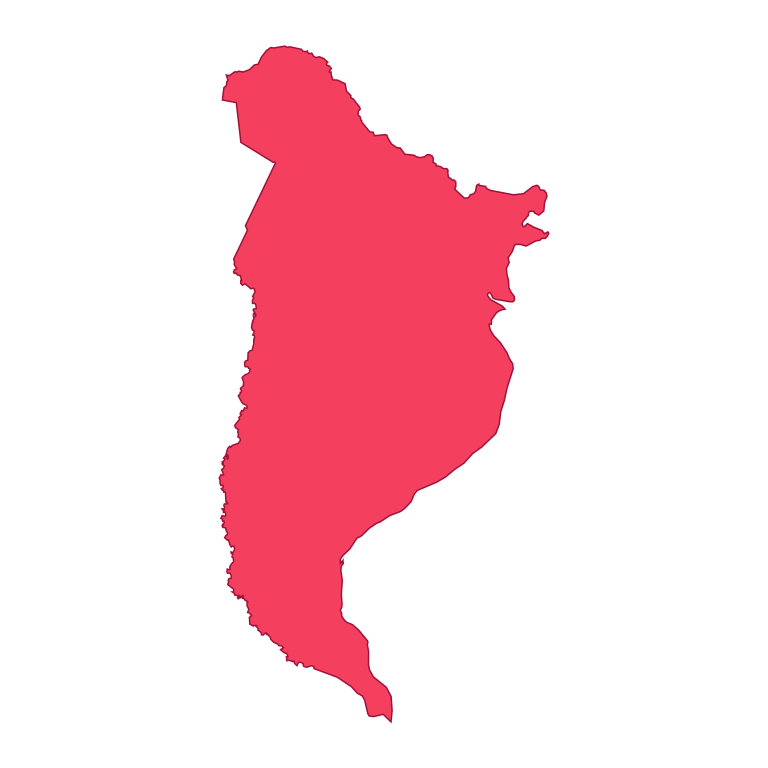 Monte Caseros, Corrientes, Argentina (Robinson projection)
{"feature_id": "61730980B11613530457142", "entity_name": "Monte Caseros", "entity_type": "district", "adm_level": 2, "iso_a3": "ARG", "parent_name": "Argentina", "parent_adm1": "Corrientes", "projection": "robinson", "projection_center": [-57.85, -30.275], "detail": "fine", "context": "isolated", "style": "filled", "palette": "rose", "viewbox_px": 768, "rotation_deg": 0, "n_neighbors": 0, "source": "geoboundaries", "source_scale": "gbopen_adm2", "svg_char_len": 6074}
<svg xmlns="http://www.w3.org/2000/svg" viewBox="0 0 768 768"><path d="M225.4,492.1L226.0,502.1L226.9,502.1L227.7,503.7L224.3,504.0L223.8,505.6L224.5,506.9L224.3,509.7L223.0,508.7L222.0,508.9L223.3,510.4L223.5,512.5L225.2,512.1L225.8,514.7L225.2,516.4L222.1,515.6L220.9,518.4L222.0,518.5L222.6,521.2L223.9,521.0L224.3,523.0L222.6,524.3L223.3,525.6L222.2,525.8L222.8,527.4L225.6,527.9L226.2,530.9L227.6,533.1L227.2,534.8L226.2,535.1L224.6,537.6L227.2,540.1L228.6,540.1L229.7,544.3L231.3,547.0L232.6,546.0L233.8,546.3L234.7,549.0L232.9,552.8L231.1,551.9L231.0,552.8L232.6,554.5L232.0,557.0L233.1,557.9L233.7,561.5L231.0,564.4L229.7,567.0L230.2,569.0L229.5,569.6L227.2,569.1L227.1,569.7L226.9,572.1L227.6,573.2L230.0,573.2L231.2,575.4L231.3,578.3L229.1,578.5L228.1,580.3L228.8,581.1L227.7,584.5L233.8,589.3L233.5,592.0L232.3,592.0L234.6,593.6L234.6,595.0L238.8,595.6L237.4,597.4L238.1,598.6L238.6,597.2L239.3,598.1L240.2,597.8L239.9,596.5L241.4,596.5L242.8,595.4L243.3,596.2L241.5,597.4L242.9,598.4L243.6,598.0L244.6,599.8L247.8,601.9L247.1,602.6L247.0,605.6L248.8,609.3L247.6,612.5L249.0,612.7L251.7,615.6L249.4,617.3L249.8,624.1L253.5,626.1L254.3,625.4L256.5,625.6L256.0,626.2L258.1,628.4L257.9,630.0L261.4,632.8L261.4,634.8L263.1,635.0L265.6,632.9L267.2,633.7L266.8,634.5L268.4,635.1L270.6,637.8L270.6,639.1L273.6,642.2L277.7,644.0L278.9,645.7L281.5,645.7L283.6,647.5L280.5,649.7L284.1,652.7L286.7,653.5L288.0,656.7L286.4,656.8L286.8,660.7L289.3,660.2L292.3,661.6L293.9,660.9L294.6,663.4L297.0,665.6L298.4,662.7L300.1,662.1L303.1,663.5L303.3,665.8L304.4,666.7L306.8,667.2L311.6,665.7L313.9,666.6L314.0,668.6L337.2,677.2L351.5,686.8L357.4,693.3L362.3,695.9L364.7,700.3L367.8,713.6L369.2,716.0L373.6,716.6L383.2,714.3L391.0,721.9L392.1,710.6L391.1,696.4L386.3,687.3L373.4,676.9L369.5,669.8L368.5,664.5L368.6,651.7L367.3,644.5L367.9,642.3L367.5,640.8L358.3,629.7L352.4,624.6L347.0,622.5L344.5,620.3L341.8,616.3L341.6,613.1L340.3,610.5L341.9,606.7L342.0,604.0L341.3,594.1L342.3,580.8L340.8,569.9L341.5,565.7L343.4,563.5L343.2,562.2L342.5,562.4L342.9,560.5L340.3,563.1L340.4,559.1L342.9,555.5L349.7,549.1L357.0,538.1L361.3,536.0L369.1,528.4L376.7,523.2L380.0,522.0L390.1,515.4L400.5,511.5L404.5,508.6L411.0,501.8L414.2,494.3L417.1,490.5L436.6,482.2L445.2,477.2L455.6,468.7L464.0,463.1L472.8,453.4L481.8,447.0L495.8,433.5L499.2,424.4L500.8,411.5L504.4,400.3L506.9,388.5L513.2,368.6L512.6,363.6L509.6,359.0L507.0,352.8L500.4,342.7L493.7,335.6L490.4,330.1L489.1,325.4L489.4,324.1L491.3,324.3L491.6,319.6L496.8,312.4L500.7,310.1L505.1,309.2L502.3,306.1L490.7,299.7L487.5,295.4L487.8,293.7L488.7,292.8L490.4,292.9L493.1,298.2L496.1,299.4L509.8,301.7L512.6,301.8L513.8,301.0L514.5,299.8L514.3,296.5L511.2,292.4L508.9,287.9L508.5,280.3L507.0,274.9L506.4,268.4L509.2,262.6L508.2,257.8L512.4,251.3L514.4,245.5L516.0,244.4L520.4,244.4L526.2,246.0L535.8,240.9L539.8,240.3L541.8,238.4L545.3,238.4L547.6,235.8L548.8,233.2L547.9,231.9L544.3,233.7L542.1,230.5L534.0,227.3L527.4,223.6L524.3,226.7L522.8,226.0L522.1,223.9L523.1,221.5L528.3,215.5L528.6,212.6L529.9,211.2L533.9,211.4L534.4,212.9L538.8,215.1L543.8,210.9L544.6,202.4L547.0,196.2L546.1,192.8L543.9,190.2L540.3,190.0L538.7,186.3L536.9,185.3L532.7,186.6L523.5,193.7L513.4,194.8L490.4,190.4L487.0,188.8L485.4,186.4L479.0,185.3L478.8,184.1L476.6,185.4L475.6,191.2L473.7,193.8L470.3,194.7L468.8,197.4L467.7,198.0L464.2,198.0L454.8,189.2L455.8,186.6L455.8,182.0L454.3,180.1L452.6,180.1L448.3,176.9L447.7,171.5L448.2,170.9L446.9,168.6L443.3,168.6L440.8,166.7L436.1,165.6L435.9,163.8L433.1,162.4L433.3,158.3L432.0,155.8L429.1,154.6L427.1,154.8L424.4,156.8L420.1,157.6L416.8,156.9L414.0,155.2L404.9,154.2L400.2,148.0L396.9,147.7L391.5,144.0L387.9,138.2L387.0,135.3L385.4,134.6L374.5,135.7L373.1,132.2L369.8,131.9L361.5,121.8L361.7,120.6L360.8,119.9L360.3,117.1L357.9,114.7L358.6,110.7L360.2,109.1L359.6,107.0L353.0,98.7L350.8,98.0L350.9,95.6L346.5,91.2L345.1,83.7L337.8,80.2L332.7,79.8L331.1,74.3L331.1,72.0L329.4,72.1L329.4,71.1L331.4,68.5L329.3,66.0L326.6,65.0L326.7,63.0L327.8,62.2L323.6,58.4L319.4,56.8L315.6,57.6L313.3,55.9L311.8,53.2L308.5,53.6L307.3,51.0L305.3,51.7L302.8,51.1L301.4,49.3L289.8,46.8L287.7,47.4L284.8,46.1L273.7,48.0L270.9,47.5L266.6,50.4L261.5,57.0L258.0,64.3L254.4,64.9L249.4,69.7L243.2,72.0L238.8,71.2L237.1,72.0L234.7,71.8L229.3,75.7L226.3,75.0L228.0,80.4L226.8,81.7L226.4,85.6L223.9,87.7L222.4,100.0L236.3,102.6L240.9,142.4L272.9,162.2L274.8,162.1L275.4,163.1L245.4,225.8L247.5,230.1L233.6,259.2L234.5,261.6L234.2,264.7L236.7,268.7L234.4,269.8L233.5,271.9L234.3,273.5L236.3,273.1L237.4,275.0L240.3,275.6L241.6,280.5L240.8,280.5L240.7,283.4L242.6,285.3L244.9,283.6L250.9,288.8L252.9,288.2L254.4,289.0L255.0,292.0L252.6,296.4L253.7,297.9L252.4,300.3L252.5,303.4L254.9,303.4L256.0,305.4L256.3,308.6L253.5,309.1L253.2,310.3L255.0,312.8L253.9,313.2L253.5,314.2L255.6,314.5L255.8,315.7L255.3,316.5L253.4,315.9L253.9,318.4L252.6,321.2L253.0,322.3L252.3,322.6L251.5,327.3L252.5,330.2L254.0,330.7L254.3,331.9L252.7,335.0L254.3,335.6L254.7,337.7L253.7,339.3L253.8,343.6L252.1,350.3L250.1,350.7L248.1,352.8L247.8,360.1L245.2,361.2L244.5,362.9L244.9,366.1L245.4,366.8L247.8,366.6L248.6,368.3L250.2,369.2L249.6,370.3L250.0,371.4L247.9,373.8L245.3,374.6L242.1,377.4L243.7,382.5L243.3,384.7L243.7,385.4L240.8,388.0L240.4,389.0L241.5,390.6L241.0,392.6L240.2,392.5L240.2,393.7L238.3,395.8L241.7,402.1L242.8,403.6L246.6,405.4L247.2,407.4L246.8,408.4L244.6,407.8L243.1,411.0L241.7,410.5L240.1,413.9L241.6,414.7L238.9,417.5L239.6,419.1L234.7,425.3L235.4,427.6L238.4,429.7L237.7,432.0L238.5,434.3L237.9,436.9L239.8,438.1L240.5,440.3L238.1,443.4L232.2,445.4L230.8,447.2L229.7,446.3L227.7,448.4L225.9,454.8L228.1,455.2L228.2,458.2L227.4,458.8L226.9,456.6L225.4,455.8L223.5,458.1L224.8,458.7L224.4,460.2L222.2,462.0L223.1,462.8L223.2,463.9L222.2,463.8L222.4,464.7L224.4,465.8L223.3,468.5L221.6,469.5L223.6,474.7L222.3,475.3L221.0,474.6L219.2,478.1L220.0,480.2L220.1,484.0L221.0,485.5L222.6,485.2L223.2,486.0L222.8,488.0L221.3,488.5L222.4,490.3L223.6,490.4L223.8,492.2L225.4,492.1Z" fill="#f43f5e" stroke="#9f1239" stroke-width="1.5"/></svg>